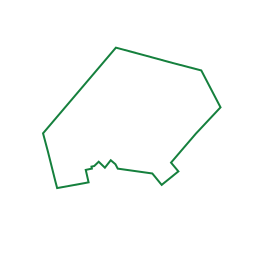 outline of Lewis, New York, United States of America, rotated 226°
{"feature_id": "52423323B86796072613442", "entity_name": "Lewis", "entity_type": "district", "adm_level": 2, "iso_a3": "USA", "parent_name": "United States of America", "parent_adm1": "New York", "projection": "equal_earth", "projection_center": [-75.532, 43.819], "detail": "fine", "context": "isolated", "style": "outline", "palette": "green", "viewbox_px": 256, "rotation_deg": 226, "n_neighbors": 0, "source": "geoboundaries", "source_scale": "gbopen_adm2", "svg_char_len": 467}
<svg xmlns="http://www.w3.org/2000/svg" viewBox="0 0 256 256"><g transform="rotate(226 128 128)"><path d="M134.0,35.3L118.5,58.5L116.3,61.9L127.2,68.5L123.9,73.8L125.6,74.9L124.1,77.3L124.1,83.5L115.5,83.8L116.8,93.2L110.7,93.8L105.9,92.4L78.4,113.9L63.7,112.7L61.8,134.1L73.2,134.9L75.4,158.0L76.8,172.9L78.6,208.9L118.5,220.7L143.7,205.3L173.6,187.5L194.2,175.1L183.2,63.2L167.0,54.2L139.9,38.6L134.0,35.3Z" fill="none" stroke="#15803d" stroke-width="2"/></g></svg>